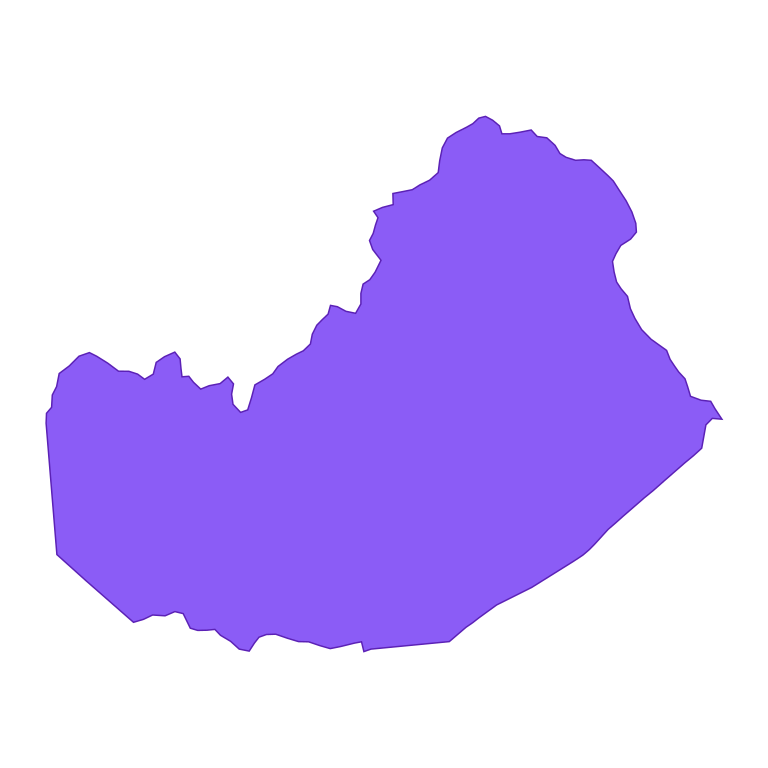 Gavião, Bahia, Brazil
{"feature_id": "56859067B94614282222955", "entity_name": "Gavião", "entity_type": "district", "adm_level": 2, "iso_a3": "BRA", "parent_name": "Brazil", "parent_adm1": "Bahia", "projection": "robinson", "projection_center": [-39.754, -11.493], "detail": "fine", "context": "isolated", "style": "filled", "palette": "violet", "viewbox_px": 768, "rotation_deg": 0, "n_neighbors": 0, "source": "geoboundaries", "source_scale": "gbopen_adm2", "svg_char_len": 2256}
<svg xmlns="http://www.w3.org/2000/svg" viewBox="0 0 768 768"><path d="M371.0,649.1L449.3,641.6L466.1,627.2L472.8,622.6L478.8,617.9L496.7,604.9L531.9,587.3L574.1,560.9L583.0,555.0L589.4,549.5L594.9,543.9L602.9,535.1L608.1,529.4L616.3,522.3L623.0,516.3L634.2,506.6L644.2,497.9L653.5,490.3L664.0,481.0L684.5,463.1L693.8,455.4L701.7,448.2L705.9,424.9L712.3,418.4L721.9,419.2L714.9,408.6L710.7,401.3L701.0,400.2L690.5,396.3L687.6,386.6L685.0,378.8L678.7,372.0L674.5,366.0L670.1,359.4L666.6,350.4L659.9,345.6L651.1,339.3L641.6,329.6L634.9,318.4L630.4,308.7L627.5,296.4L621.1,288.8L616.6,282.0L614.1,272.0L612.5,261.4L615.9,253.8L620.8,245.4L630.6,239.1L636.4,232.1L635.8,223.3L631.9,212.0L626.1,200.8L619.4,190.5L613.3,181.0L608.2,175.9L600.9,169.1L591.3,160.3L583.9,159.8L575.6,160.3L566.0,157.3L559.9,153.5L555.1,145.4L546.8,137.8L537.2,136.5L531.2,130.0L520.0,132.2L509.8,133.8L501.9,133.8L499.5,125.9L492.6,120.2L485.5,116.4L478.8,118.1L472.8,123.7L466.6,127.2L456.1,132.5L447.5,138.1L442.3,147.9L439.7,160.7L438.2,172.6L429.6,180.2L419.9,184.9L412.3,189.7L402.3,191.7L392.9,193.5L393.2,204.6L382.5,207.4L373.6,211.2L378.0,217.7L375.5,225.0L373.2,233.4L369.5,240.5L372.7,249.5L381.0,260.3L375.1,272.2L369.8,279.7L363.1,284.1L360.9,293.4L360.9,304.0L355.6,313.3L345.9,311.3L337.4,306.7L330.5,305.4L328.1,314.1L322.1,319.8L316.8,325.2L312.3,334.2L310.4,344.0L303.3,350.8L296.3,354.2L287.6,359.2L278.0,366.5L272.8,373.8L264.6,379.3L254.9,384.9L251.5,397.7L247.7,409.9L240.6,412.4L233.0,404.3L231.6,394.2L233.5,383.9L227.9,377.1L220.1,383.6L209.2,385.7L200.7,389.1L193.5,382.3L188.8,376.3L182.0,376.8L181.0,368.7L180.1,358.9L174.8,352.1L164.5,356.7L156.2,362.4L153.3,374.1L144.6,379.3L137.6,374.1L128.9,371.3L118.5,371.2L107.8,363.2L96.6,356.2L89.4,352.6L79.0,356.2L69.2,366.0L59.2,373.5L56.6,386.6L52.3,395.0L51.6,407.3L46.5,413.3L46.1,423.2L56.9,554.6L86.1,580.8L133.5,622.3L143.6,619.3L152.6,615.0L165.1,615.8L174.9,611.6L183.2,613.6L190.3,628.2L197.7,630.4L207.0,630.2L214.9,629.4L220.5,635.3L230.6,641.3L239.2,649.1L249.2,651.1L254.4,643.1L259.0,637.2L266.4,634.5L275.7,634.2L287.6,638.3L298.5,641.6L308.6,641.8L319.8,645.6L330.2,648.6L340.7,646.5L354.5,643.1L361.5,641.8L363.9,651.6L371.0,649.1Z" fill="#8b5cf6" stroke="#5b21b6" stroke-width="1.5"/></svg>